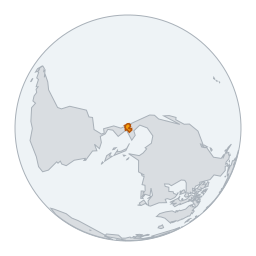 globe centered on Guatemala, rotated 136°
{"feature_id": "GTM", "entity_name": "Guatemala", "entity_type": "country or territory", "adm_level": 0, "iso_a3": "GTM", "parent_name": "North America", "parent_adm1": "", "projection": "orthographic", "projection_center": [-90.227, 15.776], "detail": "fine", "context": "on_globe", "style": "filled", "palette": "amber", "viewbox_px": 256, "rotation_deg": 136, "n_neighbors": 0, "source": "natural_earth", "source_scale": "50m", "svg_char_len": 9126}
<svg xmlns="http://www.w3.org/2000/svg" viewBox="0 0 256 256"><g transform="rotate(136 128 128)"><circle cx="128" cy="128" r="113" fill="#eef3f6" stroke="#a8b0b8"/><path d="M151.3,142.0L148.6,140.9L146.1,144.4L136.8,139.4L133.2,132.8L103.4,122.3L100.1,118.8L99.7,113.2L88.2,94.6L93.9,111.9L89.8,108.4L86.1,102.2L87.9,100.8L85.0,91.7L81.1,88.2L79.8,77.2L85.5,64.0L87.0,66.2L88.2,63.1L86.4,60.4L85.0,59.4L86.8,47.6L82.1,41.4L77.3,42.4L80.9,40.2L69.5,44.5L64.8,44.6L72.2,42.8L74.5,41.4L72.4,40.4L74.3,38.8L74.4,37.5L76.9,35.8L81.1,35.3L82.8,34.3L81.1,33.7L82.6,31.9L84.8,32.8L87.6,29.9L95.0,29.2L98.7,34.5L104.9,33.9L114.1,39.1L115.4,37.6L119.7,39.2L122.7,38.2L123.5,39.8L125.2,37.7L123.8,36.4L124.1,35.2L125.7,34.6L127.1,36.4L126.5,37.0L127.8,37.2L127.8,38.4L128.7,37.5L130.2,39.9L131.2,36.7L134.4,38.0L134.7,39.9L131.5,40.7L124.2,48.1L123.5,50.9L125.8,53.6L136.9,56.4L137.5,59.2L140.6,62.4L141.8,60.2L139.8,57.0L142.7,54.0L139.8,50.8L140.6,49.3L139.0,45.9L142.7,45.5L147.2,47.0L148.8,49.9L150.8,50.8L152.1,47.5L157.7,52.7L166.1,56.2L167.2,57.9L164.2,61.6L157.1,62.6L153.2,68.8L159.3,64.0L161.9,68.8L163.8,69.4L165.7,68.9L166.1,66.9L167.7,68.5L162.3,73.5L160.8,72.0L162.5,70.4L159.2,71.0L155.6,75.0L157.2,77.5L150.1,81.9L151.1,83.8L150.1,86.1L148.9,82.6L150.9,89.1L142.9,97.3L145.4,109.1L139.1,100.3L134.5,99.5L129.1,100.0L129.4,101.9L121.8,100.8L115.6,105.1L114.1,114.7L117.5,121.9L125.8,121.9L127.9,117.7L133.8,116.6L130.5,127.8L140.9,128.8L140.4,137.0L143.5,141.0L148.5,139.6L153.8,141.2L157.2,136.1L162.9,133.0L163.4,139.6L166.2,133.2L169.5,136.1L180.5,134.3L179.8,135.9L189.1,142.2L198.6,143.8L200.7,148.1L199.7,151.2L202.8,151.3L202.8,153.2L214.5,153.0L219.8,155.8L219.2,162.3L213.9,171.0L207.2,187.0L197.1,194.1L193.3,200.2L183.2,209.6L177.3,210.1L177.6,213.5L173.3,216.3L169.0,217.0L167.2,219.7L164.0,220.1L165.4,221.5L158.7,225.1L158.9,227.4L153.7,230.0L153.9,231.2L152.4,231.3L150.5,231.9L149.9,232.6L146.2,231.8L146.8,229.0L149.3,227.3L147.5,227.2L153.0,222.6L150.5,223.7L153.7,216.9L158.6,210.6L164.4,191.7L162.6,188.0L154.8,184.1L145.5,169.7L148.4,163.1L146.2,160.2L153.5,150.5L151.3,142.0ZM31.1,104.9L31.7,102.3L32.1,104.2L31.1,104.9ZM31.7,100.6L31.5,101.5L31.5,100.7L31.7,100.6ZM31.3,99.9L31.6,100.4L31.2,100.1L31.3,99.9ZM30.8,99.3L31.1,99.5L30.8,99.3ZM145.3,113.2L157.2,118.0L150.9,119.3L152.0,118.1L148.9,116.0L143.2,114.2L137.6,115.9L145.3,113.2ZM30.3,97.7L30.2,97.2L30.6,97.1L30.3,97.7ZM149.6,106.2L147.6,106.0L149.5,105.7L149.6,106.2ZM84.0,59.3L86.2,60.5L87.0,63.8L85.0,62.8L84.0,59.3ZM82.7,53.7L84.2,53.6L82.7,56.6L82.3,55.7L82.7,53.7ZM73.3,43.7L74.7,44.2L72.7,44.3L73.3,43.7ZM74.0,37.7L73.0,38.1L73.4,37.3L74.0,37.7ZM137.1,46.4L138.0,46.2L137.8,46.9L137.1,46.4ZM135.5,45.3L134.6,46.3L133.7,46.0L134.2,45.3L135.5,45.3ZM77.7,34.0L78.8,32.8L78.4,33.9L77.7,34.0ZM136.8,44.1L132.2,45.2L130.6,44.6L131.5,41.7L136.8,44.1ZM79.9,32.0L82.4,29.2L80.4,29.8L87.6,26.9L83.0,30.0L82.9,31.2L81.6,31.1L79.9,32.0ZM122.7,36.3L124.2,37.6L121.4,37.2L122.7,36.3ZM120.8,36.4L111.8,37.4L110.4,35.5L113.7,35.4L110.6,33.6L114.4,32.1L116.9,32.8L117.1,34.3L118.3,32.6L120.8,36.4ZM91.1,25.8L92.4,25.2L91.9,25.8L91.1,25.8ZM124.0,34.7L122.3,35.0L120.9,33.3L124.1,32.4L123.5,33.2L124.0,34.7ZM108.0,34.0L107.5,32.7L110.4,31.1L110.6,30.5L114.3,32.0L108.0,34.0ZM124.7,33.3L125.7,32.1L127.8,32.4L125.5,34.3L124.7,33.3ZM119.3,33.2L118.8,32.4L120.1,32.6L119.3,33.2ZM136.0,33.2L134.0,33.4L133.2,32.4L136.0,33.2ZM125.9,31.6L125.2,31.5L124.6,31.2L125.7,30.6L125.9,31.6ZM116.1,30.8L117.4,30.5L114.7,30.1L116.8,29.1L118.9,30.3L118.8,29.4L119.5,29.1L120.5,30.5L116.1,30.8ZM125.2,29.1L128.5,30.6L132.4,30.4L133.3,31.2L126.9,31.4L125.2,29.1ZM122.3,29.7L124.3,29.5L124.4,30.4L123.1,31.2L122.3,29.7ZM117.4,28.0L113.8,29.2L113.4,29.0L117.4,28.0ZM126.3,28.8L125.4,28.5L126.5,28.7L126.3,28.8ZM120.1,28.0L118.9,28.4L118.5,28.1L120.1,28.0ZM124.8,27.5L125.9,27.9L125.1,28.4L124.8,27.5ZM122.7,27.5L122.5,27.0L124.1,28.3L122.1,27.8L122.7,27.5ZM120.0,27.6L119.4,27.5L120.6,27.4L120.0,27.6ZM127.3,25.5L129.6,27.1L127.8,28.1L125.8,26.4L127.3,25.5ZM151.9,233.5L146.3,232.2L149.6,232.8L153.2,231.4L155.7,232.5L151.9,233.5ZM161.8,229.8L165.1,228.7L165.6,229.0L163.4,229.8L161.8,229.8ZM205.6,46.4L204.5,45.4L206.9,47.7L208.0,48.7L210.3,51.1L207.5,48.7L210.1,52.7L218.3,64.1L218.8,66.6L217.1,66.7L209.3,57.6L209.0,53.1L206.2,50.4L202.2,48.1L202.4,47.1L200.7,45.8L200.2,44.3L195.4,39.7L194.2,38.2L188.5,34.4L187.1,33.3L190.9,35.7L192.9,36.8L189.6,33.8L187.8,32.6L184.3,30.5L183.9,30.2L180.9,28.6L177.1,26.6L184.8,30.7L192.1,35.4L199.1,40.6L205.6,46.4ZM177.1,26.6L179.2,28.0L175.2,26.1L170.7,24.1L169.8,23.9L177.0,27.3L179.6,28.5L181.1,29.1L188.4,33.3L190.3,34.8L184.2,31.8L186.4,33.9L180.7,31.0L164.7,22.7L160.0,20.7L160.4,20.1L163.8,21.2L165.3,21.8L167.0,22.3L177.1,26.6ZM165.8,21.9L165.6,21.8L165.8,21.9ZM158.7,19.6L157.8,19.4L157.1,19.2L158.7,19.6ZM132.1,15.4L122.0,15.8L116.6,16.1L117.7,15.8L108.7,17.1L103.4,18.1L104.3,18.0L100.6,19.0L102.2,18.6L102.3,18.7L93.5,22.0L90.6,23.0L87.7,25.0L88.2,25.1L90.2,24.4L87.6,26.9L80.4,29.8L79.7,29.5L75.6,31.9L74.8,31.1L72.2,31.7L73.7,30.0L71.5,30.9L70.2,31.8L66.2,34.0L63.8,35.4L68.3,32.5L71.5,30.5L77.9,28.1L75.8,28.6L78.1,27.4L78.4,27.1L76.8,27.7L75.5,28.4L77.3,27.4L84.7,24.0L92.2,21.2L100.0,18.9L107.9,17.2L115.9,16.0L124.0,15.4L132.1,15.4ZM240.0,115.7L239.3,123.9L237.6,121.1L232.0,109.3L231.0,102.3L228.1,95.8L219.0,67.1L220.0,66.4L216.3,58.1L220.0,63.1L224.5,69.9L228.4,77.0L231.8,84.3L234.7,91.9L237.0,99.7L238.8,107.6L240.0,115.7ZM225.6,79.7L226.7,81.6L225.6,79.7ZM180.9,134.2L182.3,135.3L180.5,135.6L180.9,134.2ZM150.2,122.1L152.6,122.1L154.0,123.0L152.2,123.5L150.2,122.1ZM169.9,120.3L172.6,120.5L169.9,121.4L169.9,120.3ZM159.0,118.6L167.8,120.3L162.6,122.9L157.1,121.9L160.8,120.9L159.0,118.6ZM149.0,110.2L150.5,110.5L150.2,111.8L149.0,110.2ZM151.0,106.1L150.5,106.3L149.6,105.4L151.0,106.1ZM162.2,68.5L162.6,68.1L164.7,68.0L164.0,69.0L162.2,68.5ZM172.3,63.1L174.7,65.9L172.5,64.4L172.0,66.1L166.7,65.2L167.5,58.7L168.0,61.7L172.3,63.1ZM159.8,62.7L163.1,63.7L159.5,62.9L159.8,62.7ZM191.9,41.3L193.0,41.4L195.2,43.1L196.6,46.0L193.5,43.4L191.9,41.3ZM194.2,41.2L187.7,37.8L186.6,36.2L188.3,37.6L188.2,36.9L190.9,39.0L196.2,41.1L198.4,42.9L199.8,46.7L198.1,44.3L197.1,44.2L194.2,41.2ZM173.3,35.1L170.5,34.4L171.6,31.6L174.1,32.6L175.7,35.3L173.7,35.8L173.3,35.1ZM139.2,39.2L138.0,39.7L137.7,39.2L138.3,38.3L139.2,39.2ZM135.2,33.3L143.8,36.7L142.9,37.3L149.0,38.9L149.1,41.4L145.1,40.2L149.8,43.5L146.2,43.4L149.6,45.5L140.8,42.6L137.8,43.0L141.1,41.6L141.1,39.3L140.2,38.4L135.5,36.2L129.0,36.1L128.0,34.1L129.0,32.7L130.4,32.4L130.6,33.8L132.3,32.4L133.7,34.2L135.2,33.3ZM141.3,21.8L141.0,22.8L144.7,21.8L146.1,23.0L146.4,22.8L148.7,23.7L152.1,24.5L152.2,25.1L153.5,25.2L155.0,26.0L156.8,26.4L157.7,27.7L159.9,28.3L159.1,28.6L162.7,29.4L160.4,29.4L162.2,30.6L163.5,30.0L164.1,37.5L166.1,41.2L169.0,44.5L164.7,44.4L159.2,41.5L153.8,37.7L152.5,34.3L150.8,35.1L149.7,33.8L151.5,33.7L148.0,33.1L147.6,32.0L142.8,29.6L138.0,29.6L136.2,28.9L137.8,28.4L134.8,28.0L136.6,26.6L135.3,26.1L135.8,24.3L139.7,23.9L137.9,23.4L138.2,22.2L141.3,21.8ZM127.6,25.0L132.0,23.8L134.9,24.0L132.8,27.0L133.7,27.7L132.5,30.0L128.3,29.8L129.1,29.1L128.8,28.4L130.2,28.7L128.9,28.0L129.9,27.1L129.1,26.3L130.7,26.1L127.6,25.0ZM212.2,53.6L211.6,52.8L214.0,55.4L214.3,56.0L212.2,53.6ZM209.2,50.3L211.4,52.6L210.4,51.7L209.2,50.3ZM190.2,35.0L189.3,34.3L190.0,34.7L191.4,35.7L190.2,35.0ZM152.5,20.4L151.9,20.6L151.1,20.4L147.9,20.3L146.6,19.7L148.0,19.4L152.5,20.4ZM150.6,19.6L149.4,19.6L149.5,19.3L150.6,19.6ZM145.5,19.2L145.2,18.8L146.1,19.6L145.5,19.2ZM148.4,17.2L149.6,17.5L144.3,16.7L137.9,15.9L143.8,16.6L147.3,17.0L147.6,17.1L148.4,17.2ZM124.0,15.7L123.6,15.9L122.1,15.9L124.0,15.7ZM124.9,15.8L127.5,16.0L126.2,16.2L124.4,16.0L124.9,15.8ZM139.3,17.1L141.1,17.3L141.0,17.5L139.3,17.1ZM91.5,25.3L92.3,25.2L91.0,25.7L91.5,25.3ZM103.3,18.5L103.2,18.7L101.7,19.0L103.3,18.5ZM102.3,19.4L104.0,18.9L102.7,19.4L102.3,19.4ZM107.8,17.8L104.9,18.7L107.0,17.9L107.8,17.8Z" fill="#d9dde1" stroke="#a8b0b8" stroke-width="1"/><path d="M124.2,130.4L124.3,130.2L124.3,129.9L124.3,129.7L124.5,129.4L124.2,129.0L124.3,129.0L124.3,128.9L124.5,128.5L124.7,128.1L125.0,127.7L125.1,127.4L125.7,127.4L126.1,127.4L126.6,127.4L127.1,127.4L127.4,127.4L127.6,127.4L127.6,127.2L127.6,126.9L127.5,126.7L127.3,126.6L127.2,126.6L127.2,126.4L127.1,126.2L126.9,126.0L126.6,125.9L126.3,125.6L126.1,125.4L125.9,125.2L126.2,125.1L126.6,125.1L126.6,124.7L126.6,124.4L126.6,124.0L127.3,124.0L128.1,124.0L128.9,124.0L129.6,124.0L130.0,124.0L130.0,124.5L130.0,125.0L129.9,125.4L129.9,126.0L129.9,126.5L129.9,127.3L129.9,127.8L130.1,127.8L130.4,127.8L130.5,127.8L130.9,127.9L131.1,128.0L131.2,127.8L131.1,127.7L131.8,128.1L131.7,128.1L131.5,128.3L131.2,128.6L130.9,128.8L130.6,129.0L130.4,129.2L130.1,129.4L129.9,129.7L129.9,129.8L130.0,129.9L130.0,130.2L130.0,130.3L129.8,130.4L129.7,130.6L129.4,130.7L129.2,130.7L129.2,130.8L129.3,130.9L129.3,131.0L129.1,131.1L128.9,131.3L128.7,131.4L128.5,131.5L128.3,131.7L128.2,131.8L128.3,132.0L127.5,131.7L127.3,131.6L126.2,131.6L125.8,131.5L125.3,131.3L125.0,131.0L124.2,130.4Z" fill="#f59e0b" stroke="#b45309" stroke-width="1.5"/></g></svg>